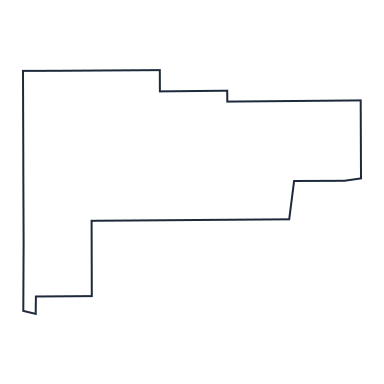 Auglaize, Ohio, United States of America (Natural Earth projection)
{"feature_id": "52423323B61073346070608", "entity_name": "Auglaize", "entity_type": "district", "adm_level": 2, "iso_a3": "USA", "parent_name": "United States of America", "parent_adm1": "Ohio", "projection": "natural_earth1", "projection_center": [-84.249, 40.52], "detail": "fine", "context": "isolated", "style": "outline", "palette": "slate", "viewbox_px": 384, "rotation_deg": 0, "n_neighbors": 0, "source": "geoboundaries", "source_scale": "gbopen_adm2", "svg_char_len": 351}
<svg xmlns="http://www.w3.org/2000/svg" viewBox="0 0 384 384"><path d="M35.7,313.9L35.9,296.5L91.8,296.1L91.6,220.8L289.2,219.3L294.1,181.0L344.2,180.8L361.0,178.4L360.7,100.4L227.3,101.6L227.2,90.7L159.9,91.4L159.8,70.1L57.9,70.8L23.0,70.9L23.3,156.9L23.3,167.7L23.6,242.7L23.3,310.9L35.7,313.9Z" fill="none" stroke="#1e293b" stroke-width="2"/></svg>